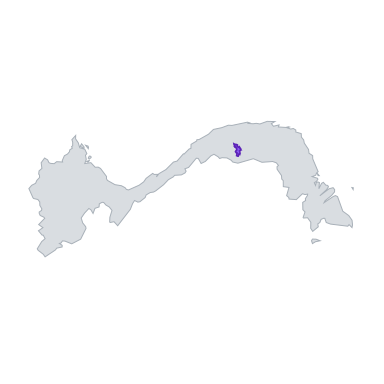 Chu Pah, Gia Lai, Vietnam shown in context, rotated 275°
{"feature_id": "81297802B21786246689715", "entity_name": "Chu Pah", "entity_type": "district", "adm_level": 2, "iso_a3": "VNM", "parent_name": "Vietnam", "parent_adm1": "Gia Lai", "projection": "mercator", "projection_center": [108.007, 14.222], "detail": "fine", "context": "in_parent", "style": "filled", "palette": "violet", "viewbox_px": 384, "rotation_deg": 275, "n_neighbors": 0, "source": "geoboundaries", "source_scale": "gbopen_adm2", "svg_char_len": 6256}
<svg xmlns="http://www.w3.org/2000/svg" viewBox="0 0 384 384"><g transform="rotate(275 192 192)"><path d="M238.2,71.2L234.8,71.4L231.1,74.4L226.3,76.3L225.2,81.5L221.1,83.9L219.3,82.7L215.3,83.8L211.0,82.7L212.4,88.7L208.2,93.4L208.6,96.4L207.5,98.8L200.0,105.5L197.8,105.6L196.2,106.7L192.6,114.6L192.1,121.1L190.5,124.9L188.9,126.4L188.5,128.5L194.2,138.8L197.9,143.0L201.6,145.1L207.1,151.2L206.2,152.8L206.6,156.2L204.0,155.2L204.4,155.6L207.4,157.5L212.1,164.1L220.2,170.9L221.5,174.4L229.3,180.1L229.1,180.8L234.6,185.4L235.3,187.1L239.4,186.9L243.2,192.2L244.5,192.3L244.9,194.5L251.0,203.4L256.2,207.9L258.7,216.1L261.7,222.4L261.8,226.0L266.4,241.1L266.0,243.1L265.2,241.2L265.3,246.9L266.0,250.0L265.7,253.7L268.9,260.7L269.4,268.4L267.0,265.1L264.6,267.4L266.4,272.9L264.3,272.4L264.5,279.8L265.4,282.4L265.2,283.4L264.2,281.4L263.3,284.9L264.1,287.4L262.8,290.0L260.8,290.2L259.7,295.7L256.2,296.2L253.6,298.7L250.5,299.6L244.5,304.4L240.8,305.2L238.8,309.0L235.5,309.4L223.2,315.9L221.8,314.4L219.5,313.8L217.8,310.3L216.6,315.9L215.6,316.3L213.7,315.2L211.9,313.0L209.3,314.5L212.2,314.9L213.0,316.4L212.5,318.1L206.3,318.1L211.9,320.3L213.1,322.0L210.5,324.7L210.4,326.6L209.1,327.5L206.0,325.8L199.4,319.7L207.2,328.3L208.6,332.2L206.8,333.9L204.5,334.0L200.8,331.4L194.9,325.3L192.9,324.5L199.9,333.2L200.9,335.2L200.1,337.4L186.0,343.9L182.2,350.2L177.8,353.9L173.1,354.8L170.5,354.5L173.2,351.3L171.5,350.2L172.1,332.9L173.3,328.4L177.3,326.6L177.4,325.7L176.0,323.0L172.7,322.0L171.2,320.1L168.3,320.8L163.3,315.7L166.2,313.4L172.2,313.0L176.4,309.4L175.8,305.4L176.3,304.9L182.0,306.3L184.0,304.0L191.3,303.2L193.4,305.9L195.2,305.5L198.6,307.3L200.0,307.4L199.3,304.7L199.9,302.2L193.5,296.6L193.4,289.3L195.0,288.9L196.6,286.6L205.0,288.2L205.3,282.5L211.3,281.9L212.7,280.3L216.2,279.7L222.1,274.8L224.6,274.5L226.0,275.8L228.4,273.5L229.4,269.7L227.7,259.1L230.5,250.2L224.7,235.2L225.4,230.0L227.1,228.2L229.0,223.8L228.8,219.0L227.8,216.6L229.4,214.9L231.5,210.6L229.6,207.6L223.6,202.6L221.2,198.6L226.0,195.3L226.0,193.3L216.2,186.5L214.5,182.9L212.2,184.3L210.4,183.4L208.1,179.9L207.1,173.2L205.5,172.1L202.2,167.4L196.7,163.0L190.0,155.8L188.6,153.7L187.8,150.4L185.1,146.6L182.4,145.8L177.8,141.0L177.2,139.0L178.5,135.5L175.2,133.8L169.4,132.1L151.9,120.9L155.6,116.9L154.5,113.2L154.9,112.6L159.7,112.4L166.7,113.9L169.9,110.8L171.5,107.4L173.9,104.9L173.9,103.4L172.2,100.7L169.0,100.7L167.3,96.8L162.0,95.3L165.5,92.8L166.6,90.7L161.6,86.8L156.4,83.9L151.7,85.8L148.2,89.1L146.5,89.6L135.3,85.2L129.9,76.7L132.0,69.8L132.0,67.2L129.8,66.0L129.2,64.4L127.6,67.3L125.9,67.4L124.3,62.2L122.3,60.9L114.6,51.3L117.0,49.3L120.5,43.8L121.9,42.8L129.5,46.6L132.7,49.7L136.0,47.6L136.0,46.4L140.0,42.4L143.5,46.6L146.2,42.1L153.0,47.6L154.0,46.6L155.4,42.8L157.3,41.7L158.7,41.5L160.5,43.7L162.1,43.9L165.4,41.6L168.8,41.2L171.1,39.1L171.7,34.8L172.5,34.0L181.2,29.2L184.7,31.7L187.0,35.4L190.0,36.4L193.2,38.9L195.7,38.5L196.5,37.7L199.7,37.8L202.4,40.4L208.0,39.2L213.0,42.2L211.4,45.4L208.8,46.9L208.2,48.5L208.2,52.2L210.4,54.5L210.6,60.5L211.9,60.0L217.0,61.7L219.0,64.7L221.4,66.4L223.4,66.6L225.1,68.9L226.8,68.1L227.6,69.1L231.2,68.8L233.7,67.8L238.2,71.2ZM155.6,316.1L155.8,319.7L154.6,323.9L153.2,319.3L151.1,316.5L153.9,315.3L155.6,316.1ZM230.4,77.8L227.4,80.6L226.2,80.6L227.7,76.6L230.4,77.8ZM218.3,88.4L217.5,88.5L215.8,86.7L216.7,85.7L218.6,86.4L219.0,87.2L218.3,88.4ZM228.7,84.4L227.5,85.0L226.1,84.9L229.3,81.9L228.7,84.4ZM213.3,84.3L214.6,87.3L212.8,85.8L213.3,84.3ZM221.8,314.9L219.4,317.3L219.3,316.2L221.8,314.9ZM210.3,352.3L208.5,352.3L210.4,350.9L210.3,352.3Z" fill="#d9dde1" stroke="#a8b0b8" stroke-width="1"/><path d="M243.7,229.5L243.3,229.6L243.2,229.6L243.1,229.8L242.9,229.9L242.8,230.0L242.7,230.0L242.4,230.0L242.2,230.1L242.1,230.3L241.9,230.4L241.9,230.2L241.9,230.3L241.9,230.2L242.0,230.2L241.8,230.2L241.7,230.2L241.7,230.3L241.5,230.2L241.3,230.1L241.2,230.1L241.1,230.3L241.2,230.5L240.9,230.7L240.5,230.7L240.5,230.8L240.7,231.1L240.4,231.3L240.3,231.5L240.2,231.7L240.2,231.8L240.3,231.8L240.2,231.9L240.2,232.0L239.8,232.1L239.7,232.0L239.4,232.3L239.3,232.5L239.2,232.6L239.1,232.8L238.8,232.9L238.7,232.9L238.3,232.8L238.2,232.9L238.1,233.0L237.9,233.0L237.9,232.9L237.7,232.7L237.6,232.8L237.4,232.8L237.3,232.6L237.2,232.5L237.1,232.3L236.9,232.2L236.7,232.0L236.5,231.9L236.4,231.9L236.2,231.8L236.1,232.0L235.8,232.1L235.6,232.0L235.4,232.2L235.4,232.6L235.4,232.8L235.3,233.0L235.2,232.9L235.1,233.1L235.0,233.3L234.9,233.3L234.7,233.4L234.6,233.2L234.4,233.2L234.2,233.1L234.1,233.3L234.0,233.2L233.9,233.3L233.8,233.6L233.7,233.6L233.3,233.5L233.1,233.4L232.9,233.3L232.6,233.3L232.4,233.3L232.3,233.2L232.2,233.2L232.2,233.3L232.1,233.5L232.0,233.8L231.9,234.0L231.7,234.3L231.6,234.5L231.6,234.8L231.7,235.0L231.8,235.0L231.8,234.9L231.9,235.0L232.0,235.1L232.3,235.2L232.5,235.2L232.8,235.2L233.0,235.3L233.3,235.3L233.2,235.4L233.2,235.5L233.3,235.7L233.4,235.8L233.5,235.8L233.5,236.0L233.5,236.3L233.8,236.2L233.9,236.3L234.0,236.3L234.0,236.2L234.2,236.3L234.2,236.2L234.3,236.2L234.4,236.4L234.5,236.4L234.8,236.3L235.0,236.4L235.5,236.3L235.9,236.3L236.2,236.2L236.3,236.0L236.3,235.9L236.4,235.7L236.4,235.8L236.5,235.8L236.8,235.8L237.0,235.9L237.1,236.0L237.3,236.0L237.5,236.3L237.5,236.1L237.7,236.3L237.8,236.3L238.0,236.5L237.9,236.5L238.0,236.5L238.1,236.8L238.3,236.8L238.5,236.9L238.5,236.6L238.8,236.6L238.9,236.8L239.0,236.8L239.1,236.7L239.3,236.5L239.3,236.4L239.5,236.3L239.9,236.1L239.8,235.9L240.0,235.7L240.2,235.8L240.3,235.7L240.3,235.8L240.4,235.7L240.4,235.8L240.5,235.8L240.6,235.6L240.8,235.5L240.7,235.4L240.6,235.2L240.6,234.9L240.7,234.7L240.8,234.7L240.7,234.6L240.6,234.4L240.7,234.2L240.8,234.0L240.8,233.9L240.9,233.7L241.0,233.8L241.0,233.7L241.1,233.4L241.3,233.3L241.3,233.2L241.5,233.1L241.8,233.0L242.0,233.1L242.2,232.9L242.3,232.9L242.3,233.1L242.5,233.1L242.6,233.3L242.8,233.3L242.9,233.2L243.0,232.9L243.1,232.7L243.2,232.4L243.3,232.3L243.3,232.2L243.2,232.0L243.1,231.8L243.2,231.7L243.2,231.4L243.2,231.2L243.3,231.0L243.2,230.9L243.0,231.0L242.9,230.9L242.9,230.7L243.0,230.5L243.1,230.4L243.3,230.3L243.4,230.2L243.5,230.1L243.6,229.9L243.6,229.7L243.7,229.5Z" fill="#8b5cf6" stroke="#5b21b6" stroke-width="1.5"/></g></svg>